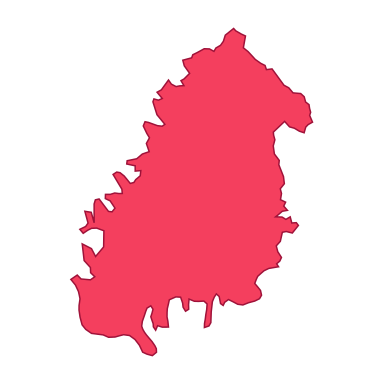 Crissiumal, Rio Grande do Sul, Brazil, rotated 272°
{"feature_id": "56859067B27923524578183", "entity_name": "Crissiumal", "entity_type": "district", "adm_level": 2, "iso_a3": "BRA", "parent_name": "Brazil", "parent_adm1": "Rio Grande do Sul", "projection": "albers", "projection_center": [-54.153, -27.485], "detail": "fine", "context": "isolated", "style": "filled", "palette": "rose", "viewbox_px": 384, "rotation_deg": 272, "n_neighbors": 0, "source": "geoboundaries", "source_scale": "gbopen_adm2", "svg_char_len": 3094}
<svg xmlns="http://www.w3.org/2000/svg" viewBox="0 0 384 384"><g transform="rotate(272 192 192)"><path d="M290.5,153.6L284.4,159.0L282.6,155.2L283.7,150.7L280.8,149.8L268.0,154.3L258.7,162.5L256.7,159.9L257.1,155.1L260.0,146.1L260.6,142.6L256.3,141.0L249.0,144.8L244.7,147.6L238.9,144.7L230.8,147.8L228.2,141.0L223.3,135.6L221.0,126.1L217.7,125.8L216.2,134.3L210.9,134.5L211.6,140.1L206.4,139.7L202.4,135.3L199.5,133.6L198.4,130.0L205.6,123.7L208.8,119.4L209.3,116.1L206.8,112.5L192.4,121.8L188.1,122.4L187.9,119.0L188.3,114.8L186.8,110.5L186.6,105.6L182.4,105.6L180.3,110.5L173.2,115.6L169.4,112.8L169.7,109.2L181.8,99.4L180.8,95.7L176.6,94.6L157.8,95.3L168.2,92.0L169.0,85.6L157.3,89.2L153.8,86.9L150.8,81.2L146.9,84.7L150.2,89.2L152.2,92.9L152.6,98.0L150.2,105.3L134.0,105.6L124.2,97.9L131.9,93.5L136.3,84.1L119.7,86.6L113.0,93.1L107.8,93.5L103.9,97.8L100.7,93.6L101.2,84.2L105.0,80.2L100.4,74.0L94.9,78.8L88.6,82.0L84.8,83.0L81.3,83.8L74.7,83.1L70.1,83.2L63.0,84.5L55.4,86.8L51.0,90.6L47.2,96.5L46.1,108.2L43.9,113.7L44.4,120.2L45.6,123.9L47.0,128.6L46.4,134.6L42.6,140.2L37.0,144.8L30.2,148.3L28.4,152.6L27.1,158.1L30.6,162.1L34.2,161.8L37.0,160.3L41.1,157.3L44.6,154.1L47.6,151.4L50.3,149.3L53.1,147.6L56.2,146.4L61.0,146.9L66.8,148.7L71.3,150.0L74.4,151.1L76.8,154.8L73.5,157.1L69.3,156.2L65.9,155.2L62.3,156.5L59.0,157.8L55.9,158.1L52.6,160.5L57.2,162.3L55.9,167.0L56.2,173.2L62.0,172.4L66.3,171.4L70.9,171.3L74.6,171.4L79.0,172.3L83.5,173.1L86.6,179.5L86.5,184.3L80.7,186.5L76.6,187.1L72.6,189.7L74.7,192.8L79.4,192.5L84.9,192.8L82.9,198.1L82.9,202.4L83.4,207.7L80.6,211.0L75.1,210.8L70.0,210.1L65.4,209.7L61.1,209.1L57.0,209.1L58.7,213.6L62.1,215.4L68.0,215.4L72.9,215.4L76.7,215.7L83.1,216.2L87.7,217.9L91.0,219.9L88.5,222.8L85.1,223.6L81.5,224.4L79.7,227.1L82.9,228.5L85.8,232.2L83.7,236.9L81.4,241.6L80.9,246.8L83.3,252.3L85.2,258.5L87.7,263.2L91.3,265.1L96.0,263.9L99.6,260.8L102.8,257.9L106.9,259.3L110.0,260.6L113.2,263.9L115.8,266.7L118.3,271.4L120.3,281.1L123.2,279.1L126.1,282.2L129.7,283.7L135.3,279.8L141.1,278.1L145.8,282.0L154.9,283.7L155.8,287.6L154.5,293.7L162.3,299.5L165.0,297.3L164.5,292.8L167.6,291.9L170.6,291.0L167.9,286.8L170.1,282.9L170.1,276.4L172.4,279.1L175.9,282.9L177.0,288.0L181.1,284.2L185.1,285.9L187.4,280.7L193.6,281.5L198.3,280.1L203.5,284.0L210.6,282.9L222.3,277.8L226.6,278.1L232.9,273.0L240.9,271.6L247.1,273.0L251.6,271.6L254.7,271.2L265.8,282.1L260.5,287.2L259.3,292.1L256.5,297.2L255.1,302.0L260.8,303.4L263.4,305.7L266.0,310.0L269.4,308.4L272.7,306.9L275.8,307.8L279.6,306.6L283.4,305.9L285.9,302.4L291.1,300.8L294.2,297.2L294.4,292.9L294.6,289.5L299.5,285.1L301.9,280.2L317.8,267.7L316.9,262.1L321.0,260.6L323.0,256.2L326.7,250.6L330.9,246.5L334.3,243.1L337.9,238.3L349.8,240.0L351.6,235.7L354.6,230.1L356.9,227.9L349.9,219.8L343.7,218.1L339.6,215.4L336.8,210.9L333.3,209.0L335.6,204.5L335.6,199.2L331.5,192.3L329.2,188.0L326.1,187.0L323.4,178.2L317.8,179.9L310.5,185.5L304.7,180.1L302.9,177.1L298.0,180.2L297.6,175.8L296.8,172.4L299.1,167.6L303.1,164.6L293.0,157.8L290.5,153.6Z" fill="#f43f5e" stroke="#9f1239" stroke-width="1.5"/></g></svg>